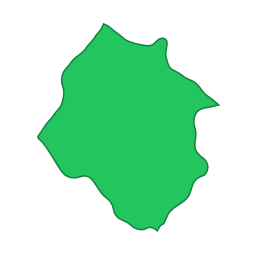 the district of Guananico, Puerto Plata, Dominican Republic, rotated 12°
{"feature_id": "3306468B53789709824921", "entity_name": "Guananico", "entity_type": "district", "adm_level": 2, "iso_a3": "DOM", "parent_name": "Dominican Republic", "parent_adm1": "Puerto Plata", "projection": "albers", "projection_center": [-70.91, 19.688], "detail": "fine", "context": "isolated", "style": "filled", "palette": "green", "viewbox_px": 256, "rotation_deg": 12, "n_neighbors": 0, "source": "geoboundaries", "source_scale": "gbopen_adm2", "svg_char_len": 2057}
<svg xmlns="http://www.w3.org/2000/svg" viewBox="0 0 256 256"><g transform="rotate(12 128 128)"><path d="M212.0,86.6L203.4,82.0L198.1,79.7L195.9,78.5L193.8,76.9L187.5,71.6L183.9,69.5L181.1,68.6L175.8,67.5L173.1,66.7L166.0,63.6L158.4,61.4L156.2,60.1L155.3,59.2L153.9,57.1L151.5,52.7L150.3,50.4L149.5,47.6L149.3,46.1L148.8,38.8L148.4,36.2L147.9,35.0L147.0,34.0L145.9,33.3L144.7,33.0L143.5,33.0L142.3,33.2L140.3,34.3L138.1,36.8L135.6,40.5L134.8,41.4L132.6,42.7L129.9,43.4L127.0,43.8L122.4,43.9L117.7,43.9L111.5,43.3L107.0,42.2L100.0,38.6L94.9,36.3L89.1,33.2L86.6,32.2L82.5,31.2L81.6,35.4L80.7,37.9L77.6,43.8L75.5,48.9L71.6,55.8L69.3,60.9L66.8,64.5L62.0,70.2L60.3,72.6L58.9,75.1L57.2,78.9L54.6,83.5L53.6,85.9L53.2,87.3L52.8,90.1L53.0,94.4L53.7,97.1L56.6,103.0L57.2,104.2L57.9,106.9L58.4,109.8L58.5,112.7L58.4,115.7L58.1,118.5L57.4,121.4L56.9,122.6L53.7,128.4L51.5,133.5L47.6,140.4L41.6,155.2L42.6,156.7L43.4,157.4L47.4,159.9L51.7,163.6L57.1,168.9L69.9,182.2L73.2,185.1L75.6,186.7L76.9,187.4L79.7,188.1L82.6,188.3L85.4,188.0L88.0,187.3L92.5,185.0L94.7,184.1L97.4,183.7L100.1,184.1L102.6,185.3L106.0,188.0L113.4,195.2L116.7,198.1L119.1,199.6L123.9,202.2L126.0,203.7L128.6,206.6L129.9,208.9L131.6,212.5L133.1,214.6L135.0,216.4L137.2,217.9L139.8,218.9L145.3,220.1L147.9,220.9L153.8,223.8L155.0,224.2L157.7,224.8L161.7,224.8L164.0,224.2L165.0,223.7L168.2,221.3L170.3,220.6L172.8,220.6L174.1,220.8L176.2,221.5L178.2,222.4L179.1,218.9L180.0,216.8L181.4,215.2L182.9,214.1L185.0,204.6L185.9,201.9L186.6,200.6L189.4,196.8L197.9,187.8L199.7,185.3L201.2,182.6L201.6,181.2L202.2,178.4L203.1,169.9L203.7,167.2L204.3,165.9L205.6,163.7L207.3,161.9L209.1,160.4L212.0,158.5L212.8,157.6L213.9,155.4L214.4,152.9L214.3,150.2L214.0,148.8L213.5,147.5L212.1,145.3L211.2,144.3L209.2,142.7L203.4,139.7L201.3,138.2L199.5,136.4L198.0,134.1L197.5,132.8L196.8,130.0L195.9,121.5L195.4,118.7L194.5,116.1L191.6,110.2L190.9,107.4L190.7,103.2L191.2,100.4L191.6,99.0L193.0,96.7L193.9,95.7L195.9,94.0L198.3,92.7L203.3,90.7L212.0,86.6Z" fill="#22c55e" stroke="#15803d" stroke-width="1.5"/></g></svg>